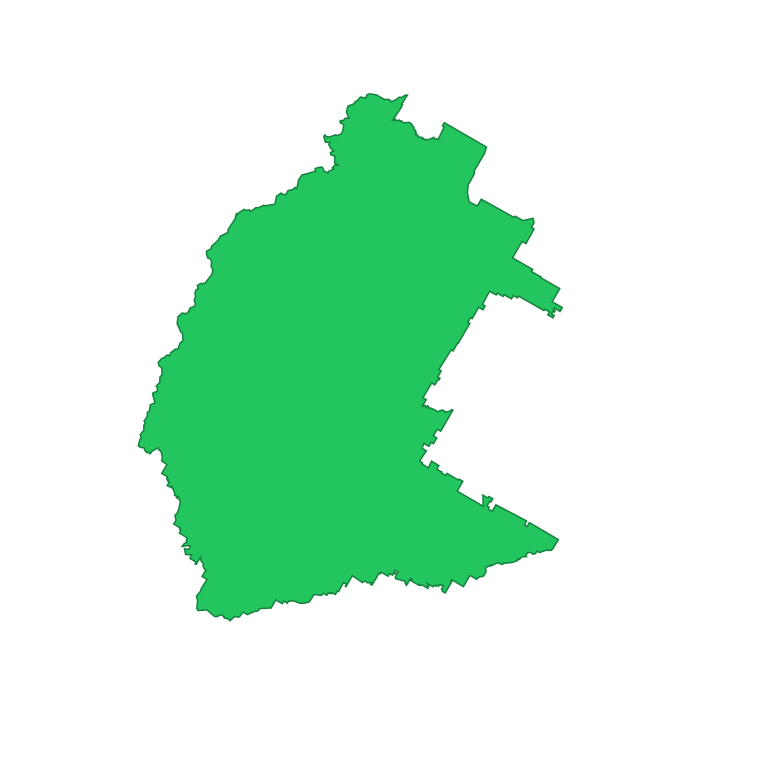 Liverpool Plains, New South Wales, Australia, rotated 111°
{"feature_id": "25037944B45289981242640", "entity_name": "Liverpool Plains", "entity_type": "district", "adm_level": 2, "iso_a3": "AUS", "parent_name": "Australia", "parent_adm1": "New South Wales", "projection": "mercator", "projection_center": [150.406, -31.47], "detail": "fine", "context": "isolated", "style": "filled", "palette": "green", "viewbox_px": 768, "rotation_deg": 111, "n_neighbors": 0, "source": "geoboundaries", "source_scale": "gbopen_adm2", "svg_char_len": 6171}
<svg xmlns="http://www.w3.org/2000/svg" viewBox="0 0 768 768"><g transform="rotate(111 384 384)"><path d="M152.4,376.1L132.6,372.8L126.1,373.3L118.4,421.3L122.1,421.9L122.7,420.0L136.4,421.1L136.0,422.1L137.2,424.7L135.8,426.0L139.5,429.4L141.4,433.8L140.6,434.8L141.4,435.8L140.4,436.1L140.2,437.8L141.4,440.4L139.7,441.3L139.9,444.0L138.2,443.5L137.6,444.9L136.3,445.0L135.1,447.7L133.9,447.9L130.9,452.5L130.8,454.5L132.7,458.1L133.0,461.2L132.0,461.9L132.9,462.9L132.1,464.2L133.8,466.7L132.7,468.0L134.8,470.4L120.9,467.3L116.8,466.7L116.6,467.8L105.9,465.7L106.9,467.8L110.1,470.2L111.0,472.9L114.2,474.6L117.8,478.1L116.5,481.1L118.2,485.7L116.8,494.7L118.1,501.2L120.0,503.5L123.6,503.6L124.6,508.9L129.5,510.6L130.7,512.2L133.0,512.3L137.5,517.2L143.6,516.6L148.4,512.0L149.6,515.2L153.2,516.7L153.2,518.6L154.3,519.3L156.0,518.2L155.6,516.7L156.8,514.4L162.3,513.2L165.8,513.6L168.8,516.5L168.7,518.4L173.1,523.7L173.6,526.1L172.8,528.7L174.7,528.8L179.3,525.4L177.8,521.0L180.3,521.4L183.6,517.4L184.4,514.5L187.1,517.0L189.0,515.8L188.9,511.7L195.5,509.3L195.9,504.7L197.1,508.3L200.8,509.8L201.5,508.0L205.2,511.8L207.4,511.9L206.6,513.5L207.3,515.5L203.8,519.2L204.3,521.1L207.1,525.1L208.3,525.4L210.0,524.2L218.4,535.6L224.1,536.9L232.8,535.4L232.3,537.4L235.3,539.0L237.8,542.9L242.2,543.5L243.4,546.7L242.6,548.5L247.2,551.7L255.2,550.3L259.8,558.0L260.5,560.7L264.4,564.2L265.1,566.7L270.8,570.2L269.6,572.0L271.4,575.1L271.2,577.3L277.1,581.6L278.3,581.5L278.1,582.9L283.0,582.2L295.7,584.9L298.4,584.0L304.6,589.8L309.0,590.3L317.3,594.4L319.5,593.7L323.4,597.2L325.8,596.6L329.5,593.7L329.4,590.9L332.0,588.6L335.9,587.7L338.6,584.8L343.0,583.9L354.3,587.3L355.9,591.2L358.9,593.6L361.8,591.5L363.2,593.1L366.1,593.3L370.4,591.1L373.3,591.5L377.0,588.7L379.5,588.8L382.2,592.1L387.0,592.6L389.2,593.8L390.1,597.9L395.1,600.5L402.0,598.6L408.5,592.0L408.9,590.3L415.8,587.1L418.3,589.0L425.4,589.0L426.0,591.1L431.2,594.3L434.4,594.4L434.3,596.0L435.7,597.8L438.0,598.4L439.8,600.7L444.8,602.5L447.8,600.5L448.4,597.4L454.8,594.5L457.6,595.7L462.9,594.0L467.6,595.9L468.8,594.2L472.3,593.1L474.8,596.3L476.2,596.5L483.7,591.1L487.2,594.8L493.0,593.3L495.3,594.8L499.3,593.4L504.6,594.7L505.9,592.8L508.4,593.5L513.3,591.6L518.4,593.5L521.6,591.2L523.3,592.0L529.7,591.3L530.5,588.5L529.5,585.1L531.5,583.7L533.0,581.2L532.3,581.0L533.0,577.3L530.0,576.5L524.6,572.2L526.4,570.2L526.7,568.2L531.3,564.9L535.5,563.9L537.0,557.8L547.2,559.5L548.3,552.7L550.5,553.0L550.8,551.1L552.0,551.3L552.3,549.3L556.4,550.1L557.1,545.6L555.5,545.3L561.5,539.9L563.0,539.7L563.0,535.6L564.5,536.9L565.0,533.7L567.6,531.8L575.1,530.7L578.9,530.9L581.5,532.1L585.9,529.3L590.0,530.3L591.5,522.5L592.8,522.7L593.1,521.2L596.5,521.7L598.1,512.7L600.6,512.6L602.7,511.4L604.3,513.2L608.0,514.3L605.2,509.4L604.8,506.9L608.2,506.8L609.3,511.3L614.3,508.1L612.5,502.5L616.4,502.7L617.6,495.6L619.7,495.9L619.7,494.8L611.5,493.2L614.6,491.5L616.6,488.1L618.7,487.8L620.9,485.7L621.3,483.6L628.9,484.9L629.9,479.2L640.5,481.3L643.0,481.0L649.2,483.1L652.8,480.5L660.7,478.3L662.1,476.4L658.4,468.3L661.8,458.6L661.0,456.5L657.7,453.2L658.7,449.9L659.7,449.3L659.2,444.9L660.2,442.9L654.5,440.1L653.9,436.4L652.8,435.4L647.4,433.8L648.3,429.0L642.1,422.7L641.6,420.8L638.1,419.3L633.6,409.1L624.4,407.7L625.6,400.3L622.5,399.7L623.3,395.7L620.8,395.2L618.9,390.5L618.8,383.6L617.0,379.5L614.2,375.7L605.5,373.8L603.8,366.7L601.1,365.5L601.7,361.6L598.8,361.1L599.1,359.3L598.0,359.0L598.3,357.3L597.4,357.1L597.9,354.0L593.8,353.3L594.0,352.0L583.8,350.6L584.4,347.2L586.7,347.6L586.8,346.9L574.3,344.8L577.1,333.0L575.8,332.8L574.9,330.7L575.5,327.7L573.6,324.6L575.7,324.9L576.0,323.1L562.3,320.8L562.5,319.5L560.7,319.2L562.0,311.4L558.9,310.8L559.5,307.6L557.2,307.2L557.5,305.6L556.1,305.3L555.7,307.3L553.7,307.0L554.4,303.3L560.3,304.3L561.6,303.3L560.7,294.5L561.5,292.7L562.5,292.8L563.9,290.9L555.9,289.4L556.2,288.0L557.9,288.3L558.7,283.8L559.4,279.1L558.8,279.0L559.0,277.4L557.7,277.2L559.1,270.1L558.1,270.7L557.8,269.7L556.4,269.8L554.7,271.9L555.8,265.5L553.8,265.0L554.2,263.0L552.9,262.8L553.3,260.6L551.3,260.3L551.6,258.3L550.7,258.1L551.0,256.1L555.0,256.8L555.3,255.0L556.6,255.3L557.2,252.0L544.2,249.9L543.9,251.2L542.4,250.9L544.7,237.3L531.8,235.1L533.2,227.5L530.9,226.7L527.5,222.2L522.7,221.4L519.8,223.2L517.2,221.9L515.4,219.0L514.5,219.5L514.7,218.2L510.3,214.0L510.2,208.9L508.5,208.0L504.6,200.2L501.1,196.2L499.2,196.3L499.5,194.9L495.8,193.1L494.0,189.1L492.9,190.1L489.9,189.4L488.5,186.1L489.6,184.1L488.1,181.8L485.2,181.3L485.7,178.4L481.1,173.2L479.5,168.4L477.7,167.4L466.8,165.5L461.3,198.6L465.9,199.3L465.4,202.0L460.7,201.9L456.7,236.2L464.1,237.4L463.5,241.5L461.3,241.9L460.9,244.1L455.6,243.3L455.8,241.9L452.2,241.3L451.5,245.8L453.2,246.1L452.3,251.8L462.6,247.6L457.8,277.3L446.6,275.5L445.9,279.6L446.8,279.7L446.7,281.9L444.9,293.2L447.2,293.5L446.4,298.6L445.5,298.4L444.6,304.2L440.5,303.6L439.0,312.0L446.4,312.5L445.0,320.1L443.8,319.9L443.2,323.1L431.2,320.6L430.4,325.3L425.2,325.6L426.1,319.7L421.4,319.0L421.9,316.4L415.5,315.4L414.8,319.4L407.2,318.1L407.8,314.2L383.7,310.3L383.8,311.9L385.3,312.2L388.6,316.9L387.5,318.0L387.3,320.2L390.9,324.5L390.1,325.7L389.7,331.7L390.4,333.1L388.6,335.2L390.8,336.2L389.2,337.7L391.0,340.2L383.5,339.0L382.9,342.7L366.0,339.9L366.6,336.2L360.2,335.1L360.3,334.0L358.6,333.8L358.2,336.4L351.3,335.3L350.8,338.0L328.0,333.5L328.4,331.3L319.5,330.0L319.6,329.3L296.6,325.6L296.2,327.8L291.1,327.0L291.4,325.1L278.5,323.1L279.2,318.2L274.9,317.6L274.5,320.6L259.6,318.7L260.7,311.1L258.6,310.8L259.6,304.1L257.6,303.8L258.8,295.5L255.1,295.0L255.8,290.3L253.7,289.9L258.1,261.0L256.5,260.8L257.4,255.4L260.7,255.9L261.7,250.1L259.0,249.7L258.4,252.8L255.8,252.4L256.0,250.8L254.2,250.5L253.8,252.5L251.8,252.2L253.2,245.7L248.7,245.0L247.0,256.5L232.0,254.1L228.6,275.6L227.9,275.5L226.2,286.6L223.8,286.2L220.2,309.2L201.5,306.2L202.1,301.8L185.5,299.5L185.0,302.5L179.7,301.7L175.9,304.3L181.7,312.9L180.3,321.6L181.9,322.4L176.6,359.4L184.4,360.7L183.4,369.7L175.8,374.6L168.1,376.8L155.6,375.0L152.4,376.1Z" fill="#22c55e" stroke="#15803d" stroke-width="1.5"/></g></svg>